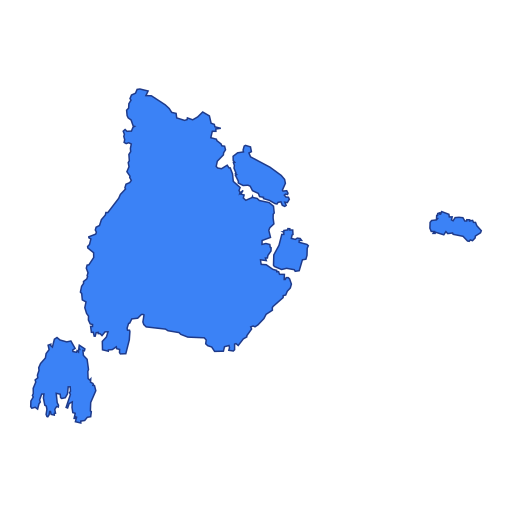 outline of Nøtterøy nor, Norway
{"feature_id": "86288312B41370900035863", "entity_name": "Nøtterøy nor", "entity_type": "district", "adm_level": 2, "iso_a3": "NOR", "parent_name": "Norway", "parent_adm1": "", "projection": "natural_earth1", "projection_center": [10.404, 59.202], "detail": "fine", "context": "isolated", "style": "filled", "palette": "blue", "viewbox_px": 512, "rotation_deg": 0, "n_neighbors": 0, "source": "geoboundaries", "source_scale": "gbopen_adm2", "svg_char_len": 5974}
<svg xmlns="http://www.w3.org/2000/svg" viewBox="0 0 512 512"><path d="M148.1,91.0L139.9,89.0L137.1,89.4L135.5,93.2L131.5,95.0L130.0,98.6L131.0,100.2L128.9,103.6L128.6,108.2L126.6,110.2L127.1,115.6L128.2,117.9L131.1,120.0L133.2,126.1L134.5,126.4L133.0,127.3L131.4,131.1L126.9,131.3L125.1,129.5L123.2,131.2L124.4,134.3L123.8,136.4L124.7,139.6L124.1,142.4L126.2,143.6L128.7,142.7L131.3,144.0L130.4,148.4L130.7,151.6L128.9,154.4L129.3,160.8L128.2,162.6L129.0,166.7L126.9,171.7L130.0,176.2L129.7,177.5L131.3,180.4L129.7,182.6L126.0,184.2L124.9,187.8L125.5,189.0L120.4,194.4L118.7,198.3L107.8,212.6L105.9,212.5L105.3,215.1L101.4,219.6L99.5,225.5L96.1,227.2L95.3,230.0L96.4,232.1L95.7,234.1L88.8,236.8L88.9,237.8L90.9,238.9L89.5,244.5L87.6,246.5L87.8,248.0L93.6,252.7L93.7,257.5L88.9,264.8L87.1,265.1L86.3,268.2L88.0,272.8L87.1,275.7L87.6,276.5L86.8,278.9L83.5,281.5L83.6,283.4L81.6,286.3L80.4,292.1L81.7,293.5L82.3,299.9L86.0,301.9L84.8,307.7L86.6,313.5L88.5,316.1L88.4,320.0L90.2,323.9L92.6,324.5L92.5,326.5L90.6,326.4L91.4,332.3L93.3,332.3L94.2,336.2L95.2,336.2L96.2,332.6L98.2,332.4L98.2,333.6L100.1,333.7L102.0,335.6L105.1,331.8L108.0,331.8L106.4,337.0L102.3,341.4L102.5,349.8L108.3,351.2L108.4,349.9L112.3,349.6L116.3,346.8L116.7,348.7L119.6,349.4L119.5,352.6L120.4,353.9L125.8,353.7L129.3,339.9L129.9,331.5L129.5,330.2L127.5,330.2L127.1,328.2L128.6,323.4L129.7,323.1L131.8,318.9L137.7,318.2L141.4,314.5L143.1,314.4L144.0,314.9L142.9,322.0L143.8,324.6L146.2,326.9L165.5,329.1L167.9,330.7L179.1,332.6L180.7,334.3L187.8,337.1L204.3,337.8L206.2,340.0L205.7,343.8L207.7,345.7L211.7,347.0L214.6,351.4L223.4,351.2L224.5,346.7L229.0,345.5L229.5,347.7L228.8,350.3L233.3,351.0L234.6,349.7L234.6,344.1L236.0,343.6L238.2,345.5L243.3,338.9L246.8,336.9L246.8,335.7L251.6,329.0L250.7,326.9L253.1,326.0L255.0,326.8L257.9,324.9L263.9,318.6L266.1,314.3L272.4,310.2L272.3,307.6L273.1,306.4L283.1,297.6L283.2,295.6L285.7,295.0L287.3,291.2L290.3,288.0L291.4,284.1L289.6,278.9L288.2,277.6L286.2,277.6L285.2,279.5L284.2,279.5L284.4,274.4L279.5,274.3L278.6,271.7L276.7,271.7L276.7,270.4L272.9,269.4L266.2,264.7L261.3,264.4L260.9,263.1L260.5,259.8L266.3,260.6L265.4,258.0L267.4,258.0L267.9,255.4L271.0,251.0L271.1,247.7L270.2,247.1L269.8,244.5L265.9,243.5L262.0,244.4L262.1,240.5L270.5,237.4L268.8,230.3L269.8,227.7L273.9,223.9L273.1,218.1L273.2,214.2L274.2,213.0L273.5,206.2L269.1,202.6L259.3,200.5L257.1,198.4L252.7,197.5L252.5,196.5L252.0,197.6L245.8,200.3L243.3,198.0L244.1,195.0L240.8,194.1L243.1,190.4L239.7,193.5L240.0,192.1L239.0,190.6L240.1,187.5L233.3,181.4L232.5,173.8L230.2,167.9L229.0,167.9L227.2,165.2L221.5,168.7L217.6,168.0L216.2,166.4L217.3,161.2L223.4,154.9L223.6,152.8L225.5,149.8L224.6,146.2L221.8,145.8L221.1,144.0L216.9,140.7L216.4,139.2L210.8,137.7L212.3,131.3L215.9,131.3L215.8,129.0L220.8,128.3L214.9,126.8L214.3,124.4L211.1,123.2L209.4,115.9L202.7,112.0L197.7,116.9L192.7,119.8L187.4,117.9L187.1,119.6L184.6,120.4L176.7,117.9L176.1,113.4L171.7,112.4L169.2,108.5L165.2,104.8L151.4,95.8L145.9,95.6L148.1,91.0ZM57.0,337.5L54.4,339.2L52.4,347.1L50.7,345.6L50.8,344.2L48.1,345.2L49.1,349.6L46.1,353.6L45.4,358.0L40.6,363.4L38.7,367.7L39.0,370.4L37.4,375.2L37.8,377.8L35.1,380.0L35.8,382.0L33.2,388.3L33.3,393.6L32.4,395.5L33.3,397.0L30.9,401.0L30.7,406.7L31.8,408.2L35.2,407.3L37.6,409.1L39.0,403.8L40.3,402.0L39.6,399.9L41.7,394.1L43.9,394.0L43.4,398.0L44.8,405.2L46.3,406.1L46.9,409.4L46.1,414.4L46.9,416.5L47.8,416.8L49.1,414.8L49.6,411.5L50.5,411.5L51.1,414.4L54.3,415.1L54.3,413.3L55.5,413.2L54.8,409.7L55.4,408.3L56.7,406.5L58.3,407.0L58.5,405.2L57.2,402.7L56.2,393.3L60.2,394.2L60.6,397.6L61.7,398.5L65.3,397.7L67.5,393.8L68.2,386.8L70.2,386.8L70.5,391.3L69.5,392.6L70.4,394.5L66.1,407.4L67.6,408.0L69.2,403.5L72.3,401.9L72.0,407.5L72.8,412.6L75.2,413.3L74.1,418.4L75.1,418.5L75.1,416.5L76.6,417.2L75.4,421.7L80.8,423.0L80.8,421.1L84.7,420.5L87.3,417.3L90.7,416.7L91.3,411.6L90.4,410.9L90.7,402.5L95.8,390.7L94.5,385.6L92.9,385.4L93.4,384.3L92.8,383.4L90.5,382.2L90.7,379.0L89.8,380.1L88.1,378.6L87.8,371.4L88.5,369.5L87.1,359.3L83.4,355.4L82.9,350.4L84.4,350.8L84.9,348.9L79.3,345.2L78.9,347.5L79.7,349.3L78.7,349.1L78.5,352.0L77.1,350.6L76.5,352.3L72.9,351.5L72.7,350.0L75.1,348.4L70.9,341.0L66.7,341.9L60.0,340.0L57.0,337.5ZM251.4,151.7L250.5,146.9L245.5,145.4L244.2,146.1L243.1,150.0L243.5,151.9L237.6,152.8L233.1,156.3L233.2,160.5L234.7,162.3L233.4,162.5L234.4,165.5L234.0,168.1L235.9,172.9L235.4,173.6L236.6,174.6L235.4,175.2L238.3,181.1L238.3,183.0L243.1,185.5L247.9,185.2L250.2,186.2L252.5,190.7L258.3,193.4L259.6,196.6L263.5,197.3L263.5,198.6L269.3,200.3L275.0,203.6L277.0,204.0L278.0,202.4L280.9,201.8L282.3,205.3L284.7,206.4L286.2,205.4L284.8,202.2L287.3,202.6L289.3,199.3L288.4,197.2L286.0,197.1L284.3,195.1L285.5,194.1L287.5,194.5L288.0,193.2L286.7,190.7L283.0,191.1L282.4,190.1L285.4,183.3L284.6,179.4L281.2,175.4L270.0,167.2L250.6,156.9L248.9,153.0L251.4,151.7ZM293.0,234.5L292.7,230.0L289.8,230.0L289.8,228.7L287.9,228.6L287.8,229.9L283.9,230.5L283.8,231.8L282.9,231.8L283.8,232.4L283.8,234.4L281.8,234.4L279.0,245.3L273.8,254.9L273.5,265.2L274.4,266.5L281.6,269.5L286.6,268.3L294.3,269.7L295.2,271.3L299.2,270.7L302.4,259.8L305.9,259.2L307.0,255.3L307.2,248.3L308.3,245.7L306.9,244.4L299.1,242.3L299.2,240.4L301.6,240.4L300.2,238.5L297.3,238.1L295.3,239.4L291.4,238.4L292.0,235.1L293.0,234.5ZM448.9,214.3L441.7,211.6L440.6,214.2L439.6,214.1L439.7,212.8L437.7,213.5L437.6,215.4L436.7,215.4L436.5,218.6L437.5,218.6L436.5,219.9L431.6,220.5L430.1,222.4L429.9,228.2L431.2,231.4L434.2,231.5L433.1,233.4L435.1,233.4L435.1,232.1L443.8,234.8L445.9,231.6L447.7,233.6L452.6,233.0L453.1,234.3L463.0,236.3L467.5,241.0L469.2,241.3L470.3,239.9L472.5,240.7L475.1,238.0L475.4,236.0L480.5,232.8L481.3,230.7L476.8,225.7L475.5,222.4L473.5,222.4L472.6,220.4L469.6,221.0L469.7,219.8L466.8,219.7L466.7,221.0L464.8,221.0L462.9,217.7L459.0,217.3L455.1,217.6L453.1,220.8L451.5,219.9L452.2,216.9L449.3,216.9L448.9,214.3Z" fill="#3b82f6" stroke="#1e3a8a" stroke-width="1.5"/></svg>